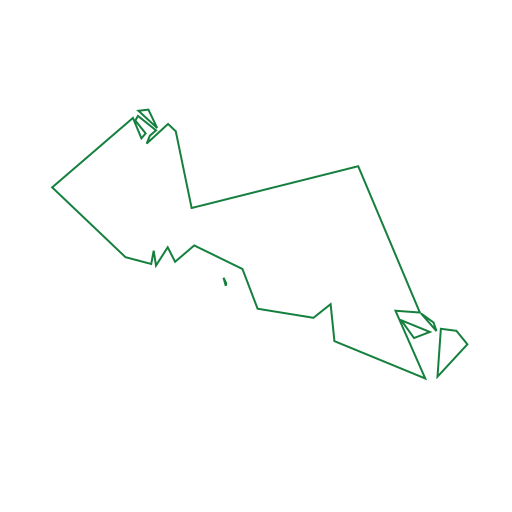 SVG path tracing the border of Kommuneqarfik Sermersooq, rotated 69°
{"feature_id": "GRL-2739", "entity_name": "Kommuneqarfik Sermersooq", "entity_type": "state/province", "adm_level": 1, "iso_a3": "GRL", "parent_name": "Greenland", "parent_adm1": "", "projection": "orthographic", "projection_center": [-36.556, 66.454], "detail": "coarse", "context": "isolated", "style": "outline", "palette": "green", "viewbox_px": 512, "rotation_deg": 69, "n_neighbors": 0, "source": "natural_earth", "source_scale": "10m", "svg_char_len": 761}
<svg xmlns="http://www.w3.org/2000/svg" viewBox="0 0 512 512"><g transform="rotate(69 256 256)"><path d="M367.5,123.3L357.1,145.4L431.0,141.9L363.6,213.3L327.7,203.6L334.3,224.5L305.8,273.4L263.3,273.3L224.0,309.9L232.4,333.6L216.2,335.3L229.1,352.8L214.4,349.6L225.9,356.7L210.3,378.3L118.9,421.7L83.0,321.4L105.1,320.8L102.0,315.1L86.3,320.1L82.9,316.0L102.9,304.3L105.6,311.9L111.9,317.8L101.2,290.8L110.8,286.2L188.1,298.9L208.8,128.4L367.5,123.3ZM414.2,90.3L433.7,129.8L390.2,109.5L397.7,95.7L414.2,90.3ZM389.2,120.9L389.2,137.9L368.1,143.4L389.2,120.9ZM381.7,114.1L390.8,114.4L368.8,122.5L381.7,114.1ZM80.8,304.0L101.1,302.4L78.3,313.7L80.8,304.0ZM264.6,294.1L270.7,293.6L273.0,294.9L264.6,294.1Z" fill="none" stroke="#15803d" stroke-width="2"/></g></svg>